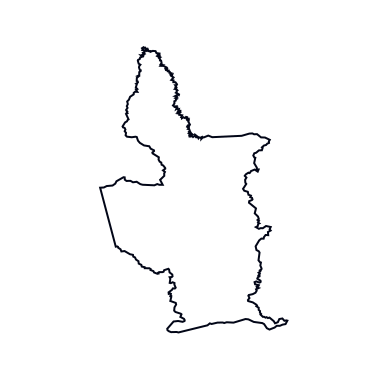 Itamarati, Amazonas, Brazil, rotated 256°
{"feature_id": "56859067B49788887707038", "entity_name": "Itamarati", "entity_type": "district", "adm_level": 2, "iso_a3": "BRA", "parent_name": "Brazil", "parent_adm1": "Amazonas", "projection": "equal_earth", "projection_center": [-67.719, -6.727], "detail": "fine", "context": "isolated", "style": "outline", "palette": "ink", "viewbox_px": 384, "rotation_deg": 256, "n_neighbors": 0, "source": "geoboundaries", "source_scale": "gbopen_adm2", "svg_char_len": 6065}
<svg xmlns="http://www.w3.org/2000/svg" viewBox="0 0 384 384"><g transform="rotate(256 192 192)"><path d="M157.4,104.8L157.3,106.2L156.7,106.9L155.8,106.9L153.7,108.8L151.4,109.1L151.0,112.3L146.6,116.8L145.3,119.5L143.5,119.4L142.3,120.9L140.0,121.3L137.8,123.3L135.4,123.0L133.6,125.2L131.8,125.2L130.5,127.9L129.5,127.7L128.3,132.2L127.1,133.3L126.3,132.9L124.6,135.4L123.1,135.7L121.0,138.7L121.0,139.8L121.9,139.7L122.2,140.7L121.4,144.0L121.5,145.1L122.9,146.1L123.2,150.5L122.3,151.0L119.4,150.8L116.7,152.9L114.9,152.7L114.4,151.8L114.7,149.7L113.1,150.0L109.2,148.4L108.7,149.4L109.1,151.4L107.9,153.0L106.4,152.5L103.1,153.0L102.5,152.0L103.1,150.2L101.8,148.7L100.3,145.0L98.8,144.8L98.9,146.2L98.3,146.9L96.2,145.8L96.0,146.7L95.2,146.5L91.5,144.6L88.3,149.4L86.7,149.4L84.3,147.1L81.2,146.0L79.6,146.9L76.6,151.7L75.9,152.2L73.6,150.5L70.9,153.5L69.4,153.9L68.6,153.5L68.3,151.5L70.2,147.3L70.8,142.8L65.3,134.9L63.8,134.8L62.4,136.0L61.1,137.8L59.9,143.2L59.0,144.9L58.9,174.8L60.2,177.5L59.2,179.1L59.1,185.2L57.9,190.3L57.1,191.5L57.2,194.2L55.2,200.7L55.8,213.2L54.8,215.9L51.0,220.5L47.8,228.5L46.4,230.0L41.7,231.7L39.8,233.9L40.5,239.4L41.7,241.9L40.9,244.8L41.4,247.8L41.2,250.8L44.1,253.4L44.6,252.5L44.7,250.5L47.4,249.1L47.6,246.0L44.9,243.8L44.5,240.8L46.9,240.1L51.4,236.8L51.3,235.2L52.5,234.1L52.3,233.0L53.5,231.7L53.7,230.6L56.5,228.8L57.0,229.5L58.5,228.7L60.0,229.2L61.5,228.2L63.6,228.7L65.6,226.8L66.2,227.6L67.1,227.2L70.2,224.3L72.6,220.1L73.6,220.1L75.2,222.1L77.7,221.6L78.3,222.2L78.2,226.2L78.9,229.2L80.6,230.9L82.1,230.6L82.7,233.4L83.7,231.9L84.4,231.8L84.8,233.8L85.4,234.3L87.2,230.9L89.4,230.9L89.7,232.7L87.8,235.5L87.9,236.6L88.6,237.0L89.4,237.0L92.1,234.4L93.4,235.3L93.8,237.1L94.6,237.3L95.1,236.5L96.3,238.0L97.6,237.1L98.3,238.9L99.0,239.5L99.6,239.0L100.3,240.7L101.0,241.0L104.1,240.5L106.9,241.8L107.4,241.0L109.6,240.0L116.9,242.9L118.4,242.4L120.1,240.5L123.9,240.6L128.8,245.5L130.0,248.0L129.4,250.2L130.8,250.9L132.5,253.0L131.7,255.5L134.8,256.0L135.6,259.0L137.0,258.3L139.0,259.9L141.1,255.6L139.7,251.9L140.3,250.0L140.1,248.0L142.5,245.5L143.0,247.5L145.2,248.6L145.3,249.7L146.7,248.7L147.8,250.0L149.0,248.9L149.7,250.3L152.2,250.1L156.1,247.7L160.6,250.1L167.8,244.7L169.3,245.3L169.7,248.2L170.2,248.9L171.8,248.8L172.9,247.3L174.2,248.3L175.7,246.1L178.7,246.2L180.6,243.0L182.7,242.3L186.7,246.6L188.1,246.0L191.0,246.5L192.8,248.3L194.9,247.1L196.1,248.5L197.1,251.4L196.5,252.1L196.7,253.0L198.0,254.2L198.6,258.2L195.9,260.7L197.8,262.1L198.4,260.3L199.9,260.8L205.0,259.3L209.9,261.7L210.3,260.9L212.5,260.3L214.5,261.8L214.6,263.8L216.2,267.0L215.6,269.9L217.7,271.2L218.4,270.7L219.7,273.1L219.7,275.2L220.7,276.7L221.0,278.6L222.5,278.8L223.8,280.1L227.2,276.0L228.3,272.2L232.4,269.1L233.0,266.2L234.2,264.8L234.8,261.8L234.5,253.8L240.3,224.9L242.8,221.4L242.1,216.6L242.5,215.9L241.3,214.0L242.9,214.6L242.6,213.1L243.4,212.0L242.6,211.2L243.8,210.9L244.1,209.2L246.0,208.3L245.1,206.3L246.6,205.5L246.1,204.4L246.4,203.0L247.3,203.0L247.0,204.4L248.1,204.7L248.0,206.2L249.4,205.1L249.6,204.6L249.0,203.7L249.8,203.0L250.5,204.7L251.3,203.9L251.7,204.7L253.5,204.5L254.1,203.4L254.9,204.5L256.3,204.8L256.7,204.6L256.0,203.5L256.5,203.0L257.6,204.0L257.7,205.6L257.3,205.7L257.9,206.3L260.8,205.5L262.0,206.0L261.7,205.5L263.1,204.7L264.2,205.8L264.5,204.7L265.8,205.3L266.3,204.4L265.6,203.7L265.6,202.8L266.6,201.8L266.0,200.1L266.8,200.3L267.2,199.6L268.8,201.0L270.0,198.3L271.1,198.8L271.6,197.6L271.9,199.0L273.0,197.4L273.7,198.3L272.8,198.7L272.9,200.2L273.6,200.4L274.2,198.6L275.5,199.3L275.4,198.4L276.8,198.3L276.3,196.8L278.0,197.9L278.5,196.4L279.0,197.1L279.2,195.8L280.5,194.5L282.2,196.4L284.3,196.8L284.6,198.3L285.9,198.9L286.1,199.7L287.1,198.6L287.7,200.6L288.8,200.2L289.2,199.1L290.0,202.0L289.3,202.7L289.8,203.0L292.2,200.4L292.8,201.4L294.0,201.6L294.2,202.4L295.5,201.7L296.1,200.4L297.0,202.0L297.8,201.3L298.4,202.1L299.6,201.6L299.3,202.7L300.1,203.5L302.5,202.5L303.1,200.5L304.7,201.1L305.7,199.1L307.6,201.8L309.2,200.4L310.7,201.3L310.3,199.6L311.1,199.4L312.3,200.6L313.1,199.0L314.0,199.4L314.8,198.0L315.5,198.6L316.1,197.2L316.6,197.3L316.7,196.2L318.2,196.0L318.4,197.8L318.9,197.6L321.3,194.8L321.8,192.9L322.2,194.0L322.6,192.6L323.1,193.3L323.5,192.5L324.6,193.7L326.8,193.8L327.4,192.8L328.3,193.2L329.9,192.4L330.4,193.7L331.6,192.0L331.7,193.6L332.3,193.7L333.2,192.0L333.7,193.1L333.2,193.6L334.2,194.0L335.4,191.1L337.5,190.7L338.4,188.1L338.1,185.7L338.8,185.8L339.2,183.9L340.7,183.7L339.8,182.2L340.8,181.0L341.9,182.2L342.0,180.6L342.4,181.8L343.4,181.5L343.5,180.5L344.2,180.0L343.6,178.3L342.5,178.8L341.8,178.2L341.4,179.3L340.0,180.3L339.4,180.0L339.0,178.3L337.5,179.4L337.3,178.5L336.4,178.0L337.6,177.6L337.0,176.4L336.3,176.5L336.8,175.5L335.3,176.3L335.0,174.2L333.6,173.4L333.2,171.6L332.6,171.2L329.4,171.3L328.0,172.7L326.9,171.2L325.7,170.7L323.1,170.9L322.5,171.7L321.6,171.3L321.1,169.8L318.1,169.1L317.7,167.3L317.1,168.2L316.1,166.1L313.1,165.2L312.4,166.1L311.4,166.0L310.6,164.0L310.0,164.6L307.1,162.8L305.2,163.8L305.1,162.4L302.4,163.2L303.1,161.1L302.2,159.4L300.8,159.0L299.4,155.0L296.8,153.1L295.5,151.0L292.8,151.0L291.1,149.5L289.2,149.8L287.5,147.9L285.8,148.7L285.3,148.0L284.1,148.5L283.7,146.9L277.8,148.0L277.5,147.0L276.3,146.0L275.7,143.9L272.4,140.5L271.4,140.7L270.5,142.1L268.7,142.5L267.3,141.4L265.4,142.3L263.0,141.3L261.4,142.3L259.7,146.8L259.3,150.6L258.7,151.7L254.9,152.0L252.3,153.3L248.8,156.7L246.7,161.6L244.0,162.4L241.6,165.2L240.9,165.1L239.9,163.1L239.0,163.1L233.7,168.2L231.5,167.4L229.2,168.0L228.0,169.3L225.8,169.1L224.7,170.5L221.8,171.8L221.1,171.7L220.0,169.1L218.0,170.6L216.8,169.5L214.4,169.0L211.5,164.0L206.1,165.3L206.9,162.0L208.1,160.2L207.6,157.1L211.0,145.8L212.2,143.7L215.3,140.8L215.7,137.1L217.7,135.0L218.6,131.1L220.2,129.8L222.5,130.2L222.9,129.1L220.7,121.3L218.7,119.6L217.5,116.5L218.4,110.7L217.7,107.6L218.4,103.9L157.4,104.8ZM246.0,208.3L245.6,209.3L245.5,209.9L246.9,208.8L246.0,208.3Z" fill="none" stroke="#020617" stroke-width="2"/></g></svg>